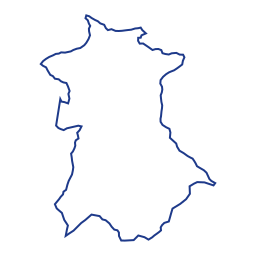 Princesa Isabel, Paraíba, Brazil (Mercator projection)
{"feature_id": "56859067B23626144557012", "entity_name": "Princesa Isabel", "entity_type": "district", "adm_level": 2, "iso_a3": "BRA", "parent_name": "Brazil", "parent_adm1": "Paraíba", "projection": "mercator", "projection_center": [-38.007, -7.646], "detail": "fine", "context": "isolated", "style": "outline", "palette": "blue", "viewbox_px": 256, "rotation_deg": 0, "n_neighbors": 0, "source": "geoboundaries", "source_scale": "gbopen_adm2", "svg_char_len": 2423}
<svg xmlns="http://www.w3.org/2000/svg" viewBox="0 0 256 256"><path d="M86.3,15.4L85.5,18.2L87.8,20.3L88.9,23.6L90.2,25.9L88.9,28.7L89.1,31.5L90.0,35.3L88.5,39.1L86.3,42.8L84.3,45.2L80.3,48.0L76.8,48.7L73.3,50.0L70.8,51.4L65.1,52.6L61.1,52.4L58.8,53.6L55.8,53.9L52.9,55.4L49.3,56.9L46.0,58.9L43.1,61.1L40.8,64.0L43.0,65.8L46.1,67.4L47.6,70.4L50.3,74.9L52.9,76.1L54.9,78.7L58.7,79.3L61.0,81.3L63.4,82.4L66.4,83.0L68.0,86.5L69.6,91.0L68.4,93.9L69.4,98.6L68.1,103.4L64.4,102.1L61.5,101.6L60.3,99.1L56.1,125.6L58.4,128.0L60.8,129.1L63.7,130.1L66.9,128.3L78.3,125.7L81.5,126.4L79.6,130.2L77.2,132.8L77.9,135.4L78.5,138.5L75.8,140.3L75.0,142.6L75.3,145.7L74.4,148.4L72.9,151.5L71.1,153.6L71.7,157.3L72.1,160.8L73.3,167.2L72.8,170.7L72.0,174.5L68.7,180.9L67.4,184.7L66.1,189.8L63.5,191.7L63.0,194.4L60.8,196.7L59.2,199.0L57.4,201.2L54.9,204.2L56.7,208.4L58.7,210.2L61.9,212.9L63.2,216.8L64.3,220.0L66.3,223.0L67.9,225.5L67.0,229.2L65.7,235.9L69.6,233.2L73.6,230.6L81.2,223.0L85.3,220.0L91.5,214.6L99.6,216.1L102.4,219.4L105.6,220.2L109.4,223.4L111.7,226.8L114.3,229.6L117.4,230.3L118.9,232.5L119.0,236.0L121.2,240.5L124.8,240.6L133.7,240.1L138.3,235.5L144.5,237.2L148.5,239.6L152.1,237.4L154.3,235.5L157.1,233.5L159.0,232.1L161.0,230.4L160.7,227.4L162.0,225.2L164.3,222.9L168.8,221.5L170.2,216.6L171.0,213.7L172.5,208.6L180.2,203.9L186.1,199.2L189.9,193.8L189.6,186.3L193.9,183.7L197.2,182.1L204.5,182.4L213.5,185.4L215.2,183.1L211.3,180.9L209.4,179.0L206.5,172.7L203.8,170.2L199.5,167.7L197.0,166.2L195.6,163.3L194.3,161.1L192.6,158.6L190.5,157.6L187.6,156.0L183.6,153.1L179.5,150.7L177.1,146.7L176.2,143.5L173.1,140.7L169.9,137.8L170.4,132.5L169.4,128.8L166.2,127.3L162.5,124.9L160.6,121.8L160.5,118.8L161.0,116.4L161.5,111.3L162.0,108.1L162.2,105.3L161.4,101.9L161.0,98.5L160.7,95.3L161.8,92.4L162.3,89.5L162.0,86.7L160.3,83.6L160.6,80.1L163.1,76.8L166.1,74.2L169.1,72.3L171.5,71.3L174.1,70.3L177.1,68.3L179.3,66.7L182.2,64.5L182.9,60.8L184.4,57.3L183.1,54.7L179.7,54.6L176.4,52.9L171.7,53.3L168.8,54.5L165.3,54.0L162.5,53.2L161.3,50.1L158.4,49.0L155.5,49.1L152.5,50.0L148.6,47.2L145.5,45.1L143.1,43.5L139.7,43.6L138.1,40.8L138.2,37.8L140.7,37.7L141.5,35.3L145.9,33.4L142.3,30.1L140.7,27.6L138.2,28.2L135.1,28.5L131.2,29.7L127.3,30.1L121.9,30.8L118.7,31.0L115.5,30.9L111.5,29.2L107.9,30.1L105.9,28.2L104.2,24.8L100.3,23.4L97.8,21.2L95.1,20.0L91.6,18.0L89.3,16.3L86.3,15.4Z" fill="none" stroke="#1e3a8a" stroke-width="2"/></svg>